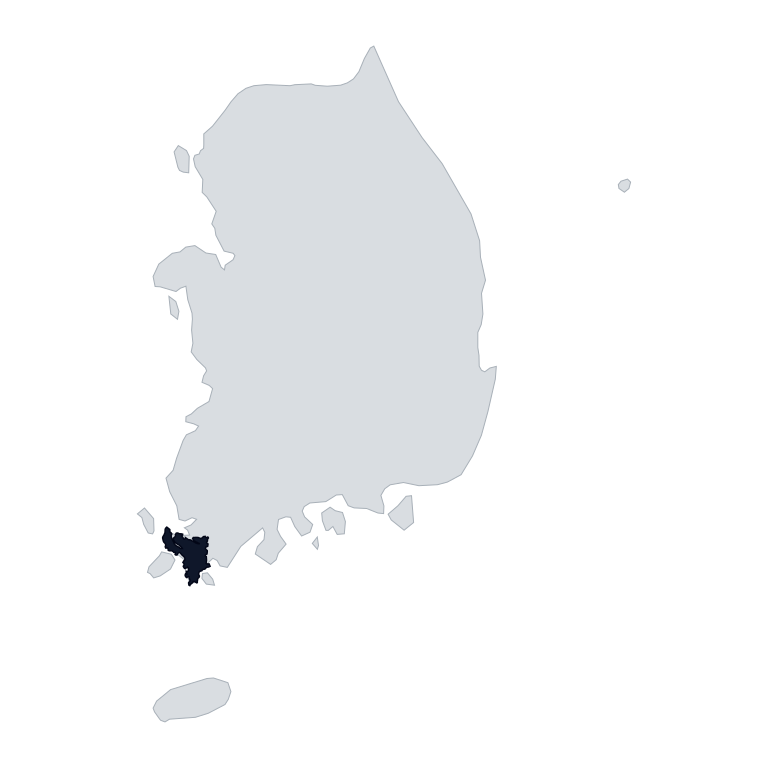 location of Haenam-gun, South Jeolla, South Korea
{"feature_id": "91817680B93885607227135", "entity_name": "Haenam-gun", "entity_type": "district", "adm_level": 2, "iso_a3": "KOR", "parent_name": "South Korea", "parent_adm1": "South Jeolla", "projection": "natural_earth1", "projection_center": [126.514, 34.528], "detail": "fine", "context": "in_parent", "style": "filled", "palette": "ink", "viewbox_px": 768, "rotation_deg": 0, "n_neighbors": 0, "source": "geoboundaries", "source_scale": "gbopen_adm2", "svg_char_len": 5780}
<svg xmlns="http://www.w3.org/2000/svg" viewBox="0 0 768 768"><path d="M200.5,150.7L203.6,148.4L203.8,145.0L203.8,133.9L212.5,126.2L225.0,110.4L231.0,101.8L238.0,93.7L246.0,88.3L253.9,85.7L266.3,84.6L290.1,85.7L294.8,84.7L311.3,83.9L315.2,85.3L327.3,86.2L340.6,85.2L347.3,82.9L353.5,78.9L358.9,71.7L364.4,58.5L370.3,48.0L373.8,46.1L398.5,101.7L422.1,137.6L442.2,163.7L471.0,213.9L479.6,240.7L480.5,257.3L485.5,280.2L481.5,293.3L482.9,314.0L481.2,324.6L477.8,332.4L477.8,347.5L479.0,355.5L479.2,366.2L481.5,370.3L484.8,371.8L489.9,368.0L496.3,366.4L495.3,379.2L487.9,411.6L481.4,435.3L472.5,455.9L461.1,474.7L447.3,482.1L437.5,484.7L418.9,485.7L403.4,482.5L390.2,484.8L384.8,488.7L380.9,495.4L383.9,505.9L383.6,513.6L377.9,513.0L366.6,508.5L354.1,507.9L348.2,505.7L342.3,494.6L336.3,495.0L325.8,501.6L309.8,503.0L304.2,506.6L302.2,511.1L304.6,516.9L312.7,524.5L310.0,532.2L301.6,536.0L294.8,526.6L290.6,517.3L285.9,516.8L278.5,519.5L277.1,529.4L280.5,536.3L286.1,544.1L278.3,553.2L276.2,559.7L270.6,564.4L255.3,554.0L257.4,546.7L264.0,539.6L264.8,532.3L262.6,527.9L240.8,546.4L227.3,567.4L220.1,565.9L217.1,560.5L212.9,558.3L198.3,571.8L195.7,582.6L190.3,583.0L188.0,578.4L187.8,568.7L185.3,560.5L170.2,548.6L163.3,538.2L167.0,532.3L179.6,535.5L189.6,535.1L187.6,530.1L184.4,527.8L191.0,525.0L196.6,519.3L192.0,517.7L185.0,521.0L179.1,519.4L176.8,505.8L169.7,491.7L166.0,478.1L173.1,470.3L176.6,458.2L183.1,440.5L186.4,434.8L195.4,430.7L198.6,426.1L193.7,423.8L185.8,421.7L186.0,416.7L191.4,413.9L197.4,408.3L209.0,401.5L212.6,388.6L209.2,385.4L202.0,382.3L203.6,375.8L206.6,370.9L205.5,367.9L196.9,359.6L191.2,351.9L192.9,343.3L191.6,330.1L192.4,319.1L192.0,313.1L187.8,299.7L185.9,286.2L180.4,288.2L176.0,291.5L160.1,286.8L155.1,286.5L153.1,276.5L158.8,264.1L172.3,253.3L180.0,251.9L185.8,247.1L194.9,245.6L205.9,253.0L215.7,254.5L221.1,267.2L224.5,269.9L225.2,265.2L233.1,259.7L234.9,255.6L233.2,253.3L224.1,251.1L215.9,235.3L214.8,228.3L211.8,223.9L216.2,211.3L206.8,196.9L202.2,192.4L202.8,179.4L197.9,171.2L195.2,166.7L193.5,158.9L194.9,155.3L199.2,154.0L200.5,150.7ZM169.5,719.2L165.0,721.9L160.7,720.3L159.6,719.0L154.5,711.8L153.1,708.1L156.6,701.1L170.6,689.6L207.0,678.5L213.5,678.0L227.9,682.7L230.9,691.6L228.3,699.3L225.0,704.5L208.4,713.2L195.4,717.3L169.5,719.2ZM413.6,522.5L404.1,530.2L391.2,519.9L388.1,514.2L397.9,505.8L406.1,496.3L411.5,495.7L413.6,522.5ZM345.4,521.6L344.3,533.8L337.2,534.4L332.9,526.5L328.3,530.4L326.0,530.4L322.4,520.7L321.7,513.0L330.1,507.2L335.2,510.7L342.5,512.5L345.4,521.6ZM160.2,575.9L153.7,577.9L150.1,573.6L147.5,572.4L149.0,566.8L159.5,555.7L161.6,551.9L171.3,554.2L175.0,560.0L170.5,569.0L160.2,575.9ZM189.2,156.3L188.7,172.8L183.2,172.1L179.5,170.4L177.9,167.2L174.1,151.9L178.3,145.6L186.5,150.6L189.2,156.3ZM154.0,530.9L152.6,533.9L148.2,533.0L143.7,524.4L141.9,517.6L137.4,513.9L144.5,508.0L153.6,518.6L154.0,530.9ZM178.9,311.3L177.5,319.3L170.8,314.0L168.9,296.3L175.8,301.5L178.9,311.3ZM628.9,188.5L624.4,192.2L619.0,188.5L618.3,184.6L621.0,181.2L627.5,179.1L630.6,182.1L628.9,188.5ZM212.7,579.2L214.5,585.2L206.3,584.1L201.9,578.4L202.5,573.5L207.4,572.8L212.7,579.2ZM318.5,545.4L317.4,549.3L312.3,543.4L317.3,537.0L318.5,545.4Z" fill="#d9dde1" stroke="#a8b0b8" stroke-width="1"/><path d="M205.1,536.4L203.4,536.6L202.2,537.9L200.8,538.5L199.8,538.2L198.2,537.5L196.7,537.4L193.3,537.5L192.6,538.5L193.1,539.4L193.6,540.0L194.2,540.7L195.1,541.3L197.3,542.4L199.8,543.8L197.9,543.7L195.9,543.1L193.2,541.4L192.2,541.0L190.8,540.0L189.6,539.8L188.2,539.6L187.0,538.7L185.4,537.6L185.3,538.6L184.5,539.1L183.5,538.7L183.0,537.7L181.7,535.8L182.6,535.1L182.7,534.2L181.7,533.9L179.2,533.7L177.8,533.0L176.3,533.1L175.4,534.6L175.5,535.9L175.2,536.6L173.5,538.1L173.4,539.8L174.8,542.0L176.1,543.3L178.1,544.5L179.2,545.1L181.5,547.2L182.3,548.5L180.3,548.5L179.2,547.4L176.7,546.1L175.5,545.3L174.8,544.4L174.3,543.8L173.4,541.7L171.6,538.1L171.1,535.7L171.7,534.6L171.7,533.7L170.9,532.6L169.9,531.9L169.8,529.5L168.2,528.2L166.8,527.1L166.0,527.8L165.2,529.1L165.1,530.5L165.0,532.6L163.9,535.2L163.0,536.5L162.6,537.9L163.0,539.7L163.3,541.0L163.9,542.2L165.1,543.4L165.6,544.3L165.6,545.7L165.2,546.8L165.8,548.1L167.6,547.9L168.1,549.0L168.3,550.4L169.5,550.8L171.0,550.8L171.9,550.8L173.2,551.6L173.7,552.3L175.5,552.3L175.1,554.5L176.0,555.1L177.2,554.9L177.8,553.3L179.1,552.5L179.9,552.5L181.1,553.9L181.6,554.6L182.7,555.6L184.2,557.0L184.9,558.1L184.8,559.9L183.6,561.1L182.9,562.5L183.9,563.4L184.1,565.1L183.3,566.1L183.3,566.6L183.8,567.3L184.4,568.3L185.2,568.7L185.5,568.0L186.7,567.9L187.6,567.1L188.4,567.9L188.7,569.4L188.6,570.2L188.2,570.9L187.8,571.3L187.4,571.7L186.2,571.2L186.2,572.4L186.5,573.2L187.1,574.1L186.7,574.4L185.5,573.9L185.1,575.1L185.4,576.2L186.1,577.2L186.8,577.6L187.6,576.9L188.5,576.5L189.1,576.8L189.2,578.1L189.7,579.4L190.1,580.2L189.7,581.3L189.1,582.0L188.6,582.7L188.6,583.3L188.9,585.1L189.8,585.6L190.1,585.0L190.4,584.2L191.2,583.9L192.0,583.2L193.0,582.2L193.2,581.6L194.1,581.6L195.1,581.8L195.6,582.2L196.8,582.9L197.3,582.6L197.3,581.5L197.5,580.4L197.7,578.8L197.9,578.4L198.8,577.6L199.3,576.9L199.4,576.0L198.7,574.5L198.7,573.7L198.9,572.5L199.3,571.8L200.2,571.2L200.9,571.0L201.9,570.7L202.2,570.1L203.0,569.4L204.1,569.2L204.9,569.1L205.5,568.3L206.9,567.2L208.0,567.1L208.6,567.0L209.3,566.7L210.1,566.3L209.1,563.9L206.7,563.9L206.1,563.5L206.3,561.9L206.5,560.5L206.5,559.6L206.4,558.1L206.3,556.6L205.4,556.2L205.3,555.1L205.9,554.5L207.0,554.0L207.1,553.2L207.3,551.4L207.2,550.5L206.2,549.7L205.4,548.8L205.7,547.2L206.6,546.7L207.7,546.3L208.0,544.3L207.8,543.6L206.6,542.9L206.7,541.7L207.4,541.2L207.6,539.1L208.4,538.0L208.2,537.4L207.8,537.0L206.6,537.6L205.6,537.3L205.1,536.5L205.1,536.4Z" fill="#0f172a" stroke="#020617" stroke-width="1.5"/></svg>